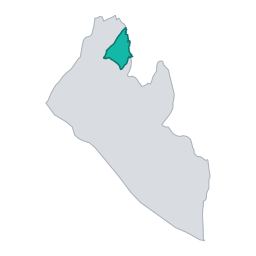 Zorzor, Lofa, Liberia (highlighted)
{"feature_id": "62588387B39118473724395", "entity_name": "Zorzor", "entity_type": "district", "adm_level": 2, "iso_a3": "LBR", "parent_name": "Liberia", "parent_adm1": "Lofa", "projection": "equal_earth", "projection_center": [-9.601, 7.921], "detail": "fine", "context": "in_parent", "style": "filled", "palette": "teal", "viewbox_px": 256, "rotation_deg": 0, "n_neighbors": 0, "source": "geoboundaries", "source_scale": "gbopen_adm2", "svg_char_len": 4218}
<svg xmlns="http://www.w3.org/2000/svg" viewBox="0 0 256 256"><path d="M45.9,103.0L48.0,100.6L51.2,92.9L55.5,85.5L59.6,81.1L62.8,76.6L66.2,73.1L71.1,69.1L78.6,58.4L80.3,57.2L81.5,49.8L83.4,40.4L85.5,37.5L90.6,35.8L91.8,34.1L93.6,27.5L94.8,19.8L94.9,18.2L96.9,18.0L100.3,16.3L102.3,17.1L103.1,19.3L103.6,21.1L113.9,16.4L114.8,15.4L115.4,15.5L116.7,19.9L117.4,19.6L118.1,18.3L118.8,18.2L119.6,18.8L120.4,20.8L121.7,22.6L123.9,23.9L125.4,25.6L125.2,30.3L125.8,34.8L126.7,35.8L127.2,38.5L127.5,41.4L128.0,43.0L128.4,46.0L128.2,49.2L128.6,51.4L130.3,55.3L131.3,60.2L131.3,63.6L130.7,67.2L129.6,70.6L127.7,74.2L127.5,75.6L128.7,76.6L130.4,76.8L131.9,76.0L135.5,77.7L137.5,80.1L139.2,83.0L140.7,84.5L141.4,86.4L144.0,85.9L147.0,84.1L147.6,83.2L148.5,83.7L150.5,83.9L151.8,80.6L152.9,76.9L155.3,72.9L156.4,71.3L156.7,68.8L156.8,65.4L157.7,62.6L159.6,61.0L161.7,61.0L162.9,61.6L163.4,64.4L165.1,66.5L166.6,68.0L167.3,68.6L168.5,70.2L169.7,75.8L174.2,94.0L173.9,99.0L173.0,102.3L173.0,105.5L172.7,108.7L170.0,113.9L161.9,124.5L162.5,125.4L164.5,126.6L166.4,127.2L168.1,126.9L170.1,129.6L172.3,132.9L174.6,134.6L177.9,136.2L180.8,136.3L183.3,135.7L186.8,136.4L190.5,139.2L191.8,143.7L192.7,147.7L194.0,149.7L194.2,153.1L196.8,156.2L200.6,156.8L205.5,160.3L206.7,160.1L207.3,159.7L207.9,160.4L209.1,170.6L210.1,176.0L209.6,178.2L208.9,179.9L208.9,188.2L206.7,192.9L206.3,198.1L205.7,199.8L203.4,201.3L203.3,205.3L202.7,210.2L202.5,215.3L203.2,228.7L203.3,238.7L204.4,240.6L199.8,239.8L186.2,232.2L175.8,227.8L140.8,202.7L131.1,192.7L119.9,177.7L95.1,147.6L89.4,142.8L82.3,140.5L77.8,137.9L74.7,135.1L72.2,126.8L66.0,121.8L54.5,114.8L45.9,103.0Z" fill="#d9dde1" stroke="#a8b0b8" stroke-width="1"/><path d="M120.7,69.4L121.0,69.4L121.5,69.1L122.0,68.9L122.3,68.3L122.5,68.1L122.9,67.7L123.6,66.8L123.9,66.3L124.0,66.0L124.1,65.6L124.4,65.2L124.5,65.0L125.3,64.6L125.8,64.3L126.0,64.0L126.3,63.7L126.5,63.5L126.5,63.4L127.1,62.3L127.3,61.6L127.5,61.1L127.5,60.9L127.6,60.4L127.7,59.7L127.8,59.6L127.9,59.1L127.9,58.9L128.0,58.9L128.0,58.7L128.1,58.3L128.2,58.1L128.4,57.8L128.5,57.6L128.7,57.3L128.7,57.1L128.8,57.1L128.9,56.9L129.0,56.7L129.4,57.2L129.9,57.7L130.1,57.5L130.4,57.2L130.7,56.7L130.9,56.8L131.2,56.9L131.8,56.9L132.0,56.7L131.8,56.7L131.8,56.1L131.6,56.2L131.7,55.6L131.6,55.2L131.4,55.1L131.4,54.9L131.2,54.7L131.4,54.5L131.1,54.3L131.0,54.5L130.7,54.6L130.5,54.4L130.5,54.1L130.4,53.9L130.4,53.6L130.3,53.4L130.2,53.4L130.0,53.2L129.8,52.9L129.8,52.5L129.1,51.4L129.1,50.5L128.9,50.0L128.8,49.7L128.8,49.4L129.0,49.0L129.0,48.5L128.8,48.0L128.8,47.9L128.7,47.1L129.0,46.2L129.3,45.8L129.6,45.6L129.7,45.1L129.4,44.3L129.4,44.0L129.7,43.4L130.0,43.2L130.1,42.7L129.9,42.3L129.8,42.2L129.9,41.5L129.7,40.9L128.9,40.8L128.6,41.1L128.4,41.3L127.9,41.9L127.7,41.8L127.7,41.7L127.7,41.4L128.0,40.9L128.4,39.8L128.2,39.4L128.2,39.0L127.9,38.6L127.8,38.2L128.0,37.7L128.1,37.4L128.0,37.2L127.7,37.1L127.7,36.2L127.7,35.5L127.7,34.9L127.5,34.7L126.9,34.5L126.7,34.6L126.2,34.3L125.7,34.4L125.5,34.1L125.5,33.7L125.8,33.2L126.0,32.9L125.8,32.8L126.0,32.6L125.9,32.5L126.0,32.3L125.8,32.0L125.9,31.8L126.1,31.6L126.1,31.4L125.9,31.4L125.7,31.2L125.8,31.0L125.9,30.9L126.1,30.5L126.2,30.2L126.6,29.8L126.4,29.3L126.0,29.1L126.1,28.3L126.0,27.8L125.7,27.7L124.5,28.7L123.2,30.0L122.5,30.7L122.0,31.3L121.6,31.9L121.6,32.0L121.0,32.8L119.6,34.9L119.3,35.2L119.0,35.5L118.8,35.5L118.5,36.3L118.1,36.8L117.9,37.0L117.4,37.6L117.3,37.8L116.9,38.4L116.6,39.1L115.9,40.2L115.3,41.3L114.2,43.3L113.3,44.3L113.2,44.5L111.9,45.5L111.1,46.0L110.4,46.7L109.3,47.9L106.5,50.5L106.5,52.3L105.9,53.7L105.3,55.5L104.5,56.8L103.8,57.3L104.0,57.9L103.9,57.9L104.0,58.2L104.0,58.3L104.3,58.3L104.3,58.1L104.4,57.8L104.5,57.8L105.0,57.8L105.1,58.1L105.2,58.4L105.2,58.5L105.8,58.6L106.2,58.5L106.4,58.5L106.5,58.5L106.7,58.4L107.0,58.3L107.6,57.9L107.9,57.8L108.0,57.8L108.1,57.7L108.7,57.7L108.7,57.8L109.2,57.8L109.4,57.9L110.0,58.2L111.2,59.4L111.3,59.5L112.5,60.0L113.2,60.4L114.6,61.4L115.1,61.8L115.5,62.2L115.9,62.3L116.3,62.6L116.5,62.8L117.3,63.5L117.8,63.9L118.5,64.6L118.8,65.0L119.2,65.6L119.4,66.0L119.6,66.2L119.8,66.9L119.9,67.4L120.0,67.9L120.5,68.9L120.6,69.3L120.7,69.4Z" fill="#14b8a6" stroke="#0f766e" stroke-width="1.5"/></svg>